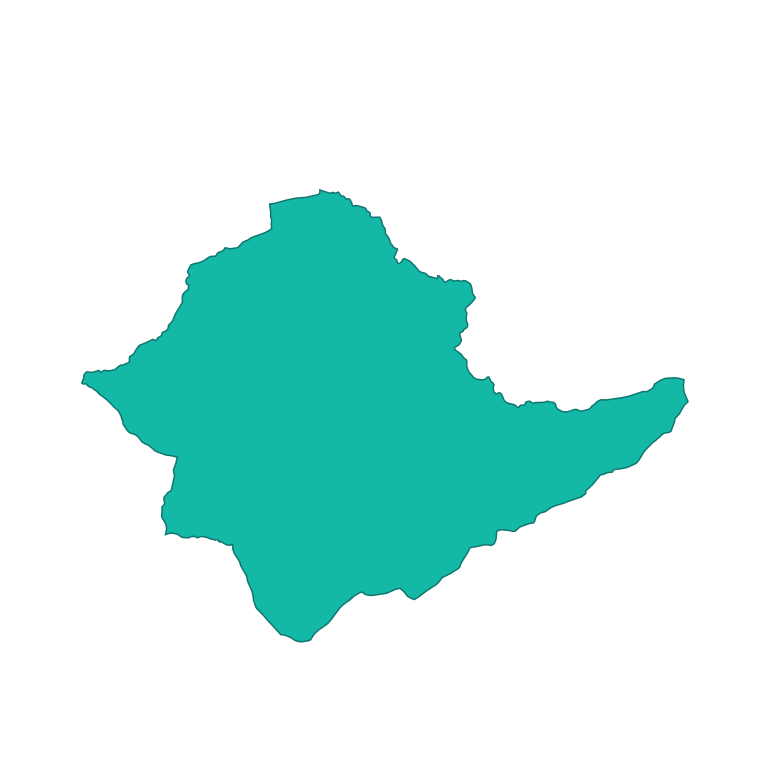 Angelópolis, Antioquia, Colombia (Mercator projection), rotated 67°
{"feature_id": "7082276B44826680756830", "entity_name": "Angelópolis", "entity_type": "district", "adm_level": 2, "iso_a3": "COL", "parent_name": "Colombia", "parent_adm1": "Antioquia", "projection": "mercator", "projection_center": [-75.718, 6.132], "detail": "fine", "context": "isolated", "style": "filled", "palette": "teal", "viewbox_px": 768, "rotation_deg": 67, "n_neighbors": 0, "source": "geoboundaries", "source_scale": "gbopen_adm2", "svg_char_len": 6170}
<svg xmlns="http://www.w3.org/2000/svg" viewBox="0 0 768 768"><g transform="rotate(67 384 384)"><path d="M265.0,661.8L266.6,660.7L267.3,658.5L267.8,657.9L269.8,657.5L271.5,656.3L274.1,653.6L275.6,653.2L278.2,651.3L281.8,650.1L290.3,645.2L298.0,642.1L299.7,641.7L303.3,639.7L305.8,638.9L311.2,638.6L313.4,639.0L316.3,638.9L318.7,639.8L325.3,638.8L328.7,637.6L330.3,636.4L333.0,633.2L334.4,632.1L336.8,630.9L343.0,629.3L346.1,627.0L347.6,625.3L352.1,622.7L355.8,621.0L358.4,618.8L363.8,612.9L367.7,606.6L370.8,602.6L371.4,603.5L376.5,607.2L380.8,611.4L386.6,612.7L398.4,621.1L399.0,622.1L399.5,625.5L400.9,627.6L401.9,630.1L402.7,630.9L404.0,631.6L407.9,632.5L409.0,633.2L410.4,636.4L412.5,637.2L419.3,640.5L421.9,640.4L425.6,639.7L427.8,639.6L430.4,640.0L433.3,641.2L437.2,644.0L437.6,640.0L438.9,636.5L441.5,633.0L445.9,630.1L446.7,629.2L448.9,624.8L449.4,623.2L448.9,621.4L449.7,619.9L449.7,618.5L451.9,616.6L452.8,615.4L452.8,612.1L453.6,610.6L456.0,607.0L459.3,603.7L460.7,601.2L461.8,600.6L462.0,598.7L462.3,598.2L464.2,597.1L464.4,597.6L465.5,596.5L465.7,595.5L470.5,591.8L472.4,588.6L472.3,586.2L473.5,586.3L477.0,587.7L481.7,588.0L488.5,586.7L491.8,586.4L495.5,586.9L507.0,585.5L512.3,586.6L523.1,586.5L527.2,587.2L532.2,588.6L539.7,589.1L541.2,588.8L549.8,585.4L555.8,583.5L574.5,576.9L575.6,574.6L577.8,571.9L581.0,568.9L585.2,566.1L587.2,563.9L588.5,561.8L589.5,559.4L590.4,555.3L590.9,553.2L590.8,551.6L587.1,546.4L585.0,541.0L582.5,529.4L580.9,526.0L572.9,512.2L571.7,509.2L570.3,504.5L569.5,500.1L567.4,494.2L566.6,488.0L566.7,486.3L567.3,485.3L570.3,483.5L572.4,480.8L574.0,477.5L577.6,463.6L577.5,453.6L578.2,449.7L578.8,448.9L581.5,447.5L583.6,446.6L588.7,445.2L592.0,442.6L594.3,440.1L593.4,435.0L590.9,425.0L589.0,414.2L587.5,410.4L584.9,405.9L584.4,396.8L582.9,387.6L582.2,386.0L578.6,382.6L572.0,373.0L568.5,369.0L568.5,367.0L569.8,362.5L571.1,355.0L572.7,351.1L574.4,348.6L574.4,345.9L573.5,344.3L571.4,342.2L569.6,340.9L564.3,338.2L563.8,337.6L563.5,336.4L563.9,333.2L567.5,326.3L570.1,322.8L570.5,321.6L570.6,320.3L568.9,315.5L568.7,314.0L569.2,304.9L570.2,300.6L569.6,299.3L565.7,296.0L564.7,294.3L563.9,290.4L564.5,285.3L563.1,278.9L563.0,276.1L563.1,272.2L563.9,265.7L564.2,257.0L565.1,247.1L564.3,243.4L563.7,241.2L561.2,240.0L558.3,231.8L552.2,220.2L552.9,217.5L552.9,212.6L554.2,208.8L554.2,207.9L552.9,206.4L552.8,204.9L554.5,199.3L555.8,192.8L555.6,183.9L555.2,181.9L553.4,178.7L548.1,171.3L546.5,168.3L542.9,159.6L542.1,156.1L539.0,147.1L538.7,145.2L539.9,140.6L539.7,138.4L532.5,131.5L529.9,129.8L528.9,128.5L526.9,123.8L521.4,116.7L520.5,115.1L519.3,111.4L518.7,111.0L510.7,111.0L507.6,110.7L502.5,109.0L497.3,106.2L494.0,110.3L492.3,113.1L489.0,121.9L488.6,124.1L488.7,128.4L489.8,135.1L492.0,137.0L493.0,138.8L493.8,144.9L492.1,148.6L490.9,163.7L489.4,171.0L485.6,185.4L483.3,190.7L483.4,194.5L485.3,199.2L485.4,201.0L486.7,203.2L487.3,205.5L486.3,212.3L485.2,214.3L483.0,216.4L482.1,217.7L481.6,221.4L481.7,223.5L481.1,226.8L479.2,230.5L474.7,234.1L472.7,234.5L469.3,234.0L467.5,234.9L466.9,235.5L465.6,238.2L463.8,239.9L463.4,243.9L460.3,251.7L459.7,254.7L459.2,255.3L457.2,256.1L456.7,256.8L456.1,259.1L456.3,260.9L457.9,262.3L458.1,262.9L457.9,264.3L457.1,265.8L457.0,266.9L457.3,267.8L458.1,268.6L458.3,269.9L456.2,270.7L454.2,272.1L452.1,274.4L451.0,276.3L449.0,278.4L446.0,279.8L439.7,279.8L437.7,280.5L436.9,282.0L437.1,284.1L436.6,284.9L434.4,285.9L431.7,285.5L429.3,284.5L428.2,283.2L427.3,283.0L425.7,283.3L423.6,284.5L418.9,284.6L418.4,284.9L418.1,285.9L419.0,288.4L418.9,291.2L418.5,292.1L416.4,296.0L415.2,297.5L412.9,299.0L406.0,301.1L403.9,301.2L399.9,300.9L395.4,298.9L393.9,298.8L390.6,300.6L387.1,301.1L381.1,304.8L379.2,305.3L378.4,304.9L377.8,304.0L377.3,299.8L375.0,296.5L374.0,295.8L372.4,295.4L368.2,295.0L366.7,293.9L366.4,290.7L364.9,288.8L364.6,286.3L364.1,285.1L362.7,284.0L361.9,283.7L357.5,283.4L354.5,282.1L351.4,280.2L348.2,280.2L347.1,279.9L346.1,279.1L345.5,278.3L345.0,275.8L343.4,271.7L341.2,267.4L340.5,266.5L339.4,266.3L336.5,267.0L334.6,267.0L329.5,265.6L325.7,265.3L321.1,268.4L320.0,269.9L319.5,273.0L317.6,275.4L316.8,278.7L316.2,279.8L314.1,281.7L313.7,282.6L314.2,287.2L314.0,288.3L313.7,288.8L310.8,288.9L308.0,290.5L305.7,291.3L305.4,292.3L307.5,293.5L307.6,294.3L302.0,301.1L298.5,302.5L295.9,305.8L293.7,307.7L287.3,309.5L282.3,311.6L280.2,312.8L276.7,316.1L276.4,317.5L278.3,320.3L279.1,322.2L278.9,323.6L278.4,324.0L277.3,324.2L274.8,323.8L272.9,325.1L271.3,325.1L265.4,319.0L264.7,319.1L262.1,321.9L259.6,322.1L257.7,322.9L252.2,322.5L245.7,323.9L243.1,322.8L241.1,322.4L238.2,323.1L236.4,323.1L232.1,322.3L228.7,322.8L226.2,329.3L225.1,330.7L223.8,331.1L221.7,330.1L220.6,330.1L217.9,332.2L215.1,332.4L213.8,333.4L209.0,339.5L208.0,343.1L207.3,343.4L205.1,343.0L201.1,343.2L199.8,344.0L198.7,346.8L195.4,347.6L194.7,349.0L193.5,350.0L191.6,350.7L190.1,350.7L189.4,351.4L189.4,354.3L187.6,356.2L187.3,359.3L180.3,367.2L182.3,368.0L183.5,368.9L183.9,369.8L183.7,371.8L181.8,382.5L178.4,392.8L176.7,401.5L174.9,414.4L173.7,418.9L181.7,421.2L185.7,422.9L189.3,423.4L193.0,425.4L196.2,426.2L197.3,427.5L197.8,429.4L198.2,435.2L197.6,444.9L197.6,449.9L198.3,452.8L198.2,457.8L198.5,459.1L200.8,464.1L201.2,466.2L199.2,473.5L198.6,474.0L196.5,477.0L198.1,479.4L198.5,481.3L198.2,484.5L198.4,485.8L200.5,489.1L198.8,493.8L198.9,495.9L200.0,500.8L200.2,503.2L200.1,506.6L199.0,512.7L198.9,515.3L202.8,520.0L204.1,521.0L205.9,521.0L206.9,520.6L208.4,520.7L209.6,523.9L210.5,525.3L212.7,526.4L213.8,526.5L215.1,526.4L215.9,525.9L216.2,525.2L217.0,525.2L218.6,526.4L219.4,526.6L220.2,527.2L220.6,527.7L221.3,530.9L222.7,533.8L223.5,534.7L225.6,536.0L228.9,537.1L230.5,538.3L237.8,548.4L243.4,554.1L245.8,559.5L248.3,560.9L249.5,562.7L249.9,563.9L249.9,567.8L252.7,570.3L253.0,574.0L254.8,576.3L254.9,577.1L252.6,579.3L253.0,587.1L252.8,594.1L255.8,599.2L258.2,602.1L258.8,603.6L259.2,606.9L260.1,608.0L263.8,609.5L264.7,611.4L264.4,614.2L264.7,616.6L263.7,619.1L264.3,622.2L265.5,625.5L265.3,628.8L264.3,632.2L262.0,636.4L262.7,639.6L262.4,640.2L260.1,641.1L259.5,647.5L256.6,653.2L258.1,656.3L259.3,657.2L260.9,657.8L265.0,661.8Z" fill="#14b8a6" stroke="#0f766e" stroke-width="1.5"/></g></svg>